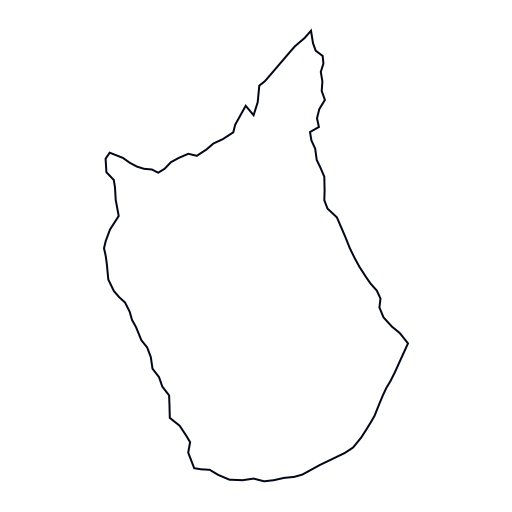 Turmalina, São Paulo, Brazil
{"feature_id": "56859067B49840194470028", "entity_name": "Turmalina", "entity_type": "district", "adm_level": 2, "iso_a3": "BRA", "parent_name": "Brazil", "parent_adm1": "São Paulo", "projection": "orthographic", "projection_center": [-50.457, -20.07], "detail": "fine", "context": "isolated", "style": "outline", "palette": "ink", "viewbox_px": 512, "rotation_deg": 0, "n_neighbors": 0, "source": "geoboundaries", "source_scale": "gbopen_adm2", "svg_char_len": 1552}
<svg xmlns="http://www.w3.org/2000/svg" viewBox="0 0 512 512"><path d="M201.1,469.3L209.7,469.8L218.2,474.9L229.5,479.7L242.6,480.2L253.6,478.6L264.1,481.3L273.8,480.2L284.0,477.9L294.1,476.9L302.3,474.6L311.8,469.4L320.0,464.9L344.9,452.9L353.1,447.5L361.3,437.4L367.0,428.5L370.8,422.3L374.6,415.7L379.0,404.6L382.8,395.5L386.4,387.8L390.5,381.0L395.1,371.8L400.5,359.8L408.0,343.4L399.8,333.1L391.9,326.6L383.5,317.4L379.4,307.4L380.5,298.6L376.8,290.6L370.4,283.4L365.8,276.7L359.4,266.8L354.3,257.4L349.7,247.9L345.2,236.7L341.4,227.8L336.9,217.4L327.5,208.6L324.3,200.2L324.6,190.6L324.3,176.7L320.5,167.8L316.7,159.9L315.2,148.7L311.4,140.4L310.0,132.0L318.9,127.0L317.0,118.3L319.3,109.1L324.9,99.9L321.7,91.0L322.4,81.5L320.8,71.9L323.4,63.6L322.7,56.0L315.7,50.7L313.0,43.2L311.0,30.7L304.7,37.9L294.9,46.3L288.9,53.2L272.3,72.6L264.9,81.2L259.3,85.6L257.7,102.2L253.6,115.2L245.7,105.8L235.2,124.7L233.3,132.3L222.7,139.2L213.4,143.5L206.6,149.4L196.8,155.8L188.3,153.8L178.8,157.9L170.9,162.2L164.6,168.8L158.2,172.7L151.9,169.5L144.0,168.8L137.2,166.7L130.1,163.0L122.9,157.9L109.7,152.7L105.6,158.7L106.4,172.2L113.8,180.0L115.0,187.5L115.7,199.8L118.7,216.0L110.0,229.5L105.7,241.1L104.0,248.2L105.7,255.9L106.8,263.8L108.3,279.5L113.9,291.1L119.1,297.1L125.1,302.6L129.7,311.8L132.0,319.9L136.0,327.1L141.4,340.3L147.2,347.5L150.8,357.1L152.5,368.7L159.0,377.1L162.3,386.6L169.1,395.4L169.5,405.7L169.8,417.9L179.7,425.8L186.3,435.8L190.1,442.2L188.2,452.6L194.2,468.2L201.1,469.3Z" fill="none" stroke="#020617" stroke-width="2"/></svg>